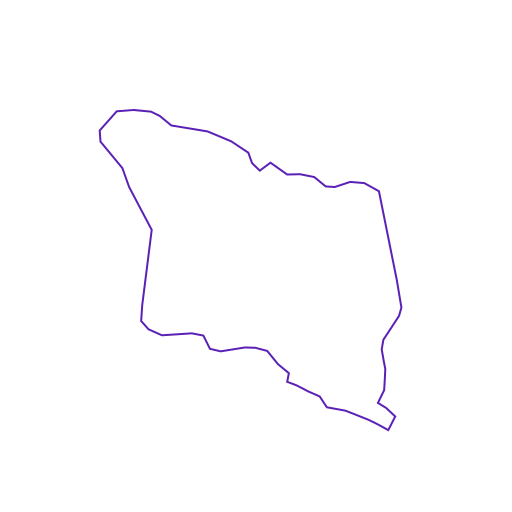 Vertente do Lério, Pernambuco, Brazil, rotated 26°
{"feature_id": "56859067B33631559697819", "entity_name": "Vertente do Lério", "entity_type": "district", "adm_level": 2, "iso_a3": "BRA", "parent_name": "Brazil", "parent_adm1": "Pernambuco", "projection": "mercator", "projection_center": [-35.812, -7.778], "detail": "fine", "context": "isolated", "style": "outline", "palette": "violet", "viewbox_px": 512, "rotation_deg": 26, "n_neighbors": 0, "source": "geoboundaries", "source_scale": "gbopen_adm2", "svg_char_len": 913}
<svg xmlns="http://www.w3.org/2000/svg" viewBox="0 0 512 512"><g transform="rotate(26 256 256)"><path d="M66.1,221.4L82.9,229.0L97.4,235.6L111.6,249.5L129.3,262.5L150.8,278.2L175.3,350.1L181.3,364.8L191.6,369.0L206.2,368.5L221.1,360.0L232.3,353.6L243.6,350.6L255.3,359.6L266.0,357.2L286.1,343.1L295.6,338.8L307.7,336.4L323.2,343.6L336.9,346.9L339.2,355.4L349.1,354.5L362.6,354.8L374.8,354.3L386.0,360.9L404.2,355.8L428.7,353.9L438.0,353.9L451.2,354.5L451.5,339.2L439.5,335.5L430.0,334.6L430.0,320.4L426.0,310.8L421.8,301.0L416.5,293.9L409.9,284.8L407.2,275.4L409.3,259.2L410.8,247.1L409.3,238.6L393.1,215.9L338.1,143.9L321.4,143.0L308.2,148.1L296.5,159.5L288.1,162.9L273.7,159.5L259.7,163.2L248.3,169.1L228.1,165.8L222.0,177.6L211.8,174.3L203.8,166.5L183.5,163.8L157.8,165.3L122.7,175.8L108.1,172.3L98.3,172.3L81.8,178.5L67.4,187.0L60.5,211.7L66.1,221.4Z" fill="none" stroke="#5b21b6" stroke-width="2"/></g></svg>